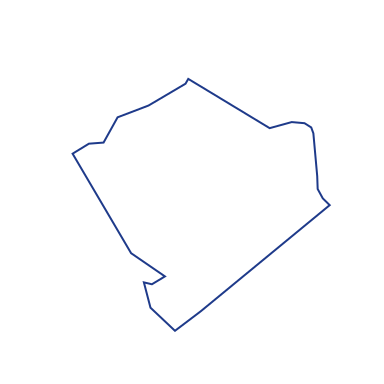 the district of Akaltin, Sirdaryo, Uzbekistan, rotated 306°
{"feature_id": "79887680B92810274159920", "entity_name": "Akaltin", "entity_type": "district", "adm_level": 2, "iso_a3": "UZB", "parent_name": "Uzbekistan", "parent_adm1": "Sirdaryo", "projection": "robinson", "projection_center": [68.339, 40.545], "detail": "fine", "context": "isolated", "style": "outline", "palette": "blue", "viewbox_px": 384, "rotation_deg": 306, "n_neighbors": 0, "source": "geoboundaries", "source_scale": "gbopen_adm2", "svg_char_len": 457}
<svg xmlns="http://www.w3.org/2000/svg" viewBox="0 0 384 384"><g transform="rotate(306 192 192)"><path d="M262.3,311.1L263.7,301.6L268.3,291.9L278.4,284.0L310.8,255.7L314.3,250.5L313.8,242.6L307.2,231.6L289.3,217.3L281.3,122.5L275.8,123.1L236.4,106.0L208.7,87.9L180.0,91.4L170.5,80.2L156.5,74.4L152.8,72.9L106.7,178.7L107.8,219.7L93.8,213.8L90.6,206.2L74.0,226.4L69.7,259.8L100.7,269.2L262.3,311.1Z" fill="none" stroke="#1e3a8a" stroke-width="2"/></g></svg>